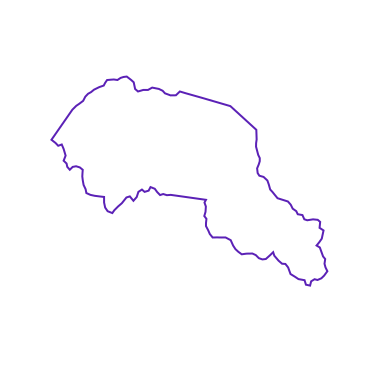 Diamante, Paraíba, Brazil (Albers equal-area conic projection), rotated 331°
{"feature_id": "56859067B40702424285398", "entity_name": "Diamante", "entity_type": "district", "adm_level": 2, "iso_a3": "BRA", "parent_name": "Brazil", "parent_adm1": "Paraíba", "projection": "albers", "projection_center": [-38.317, -7.445], "detail": "fine", "context": "isolated", "style": "outline", "palette": "violet", "viewbox_px": 384, "rotation_deg": 331, "n_neighbors": 0, "source": "geoboundaries", "source_scale": "gbopen_adm2", "svg_char_len": 2123}
<svg xmlns="http://www.w3.org/2000/svg" viewBox="0 0 384 384"><g transform="rotate(331 192 192)"><path d="M267.2,135.5L257.8,126.0L245.6,113.7L234.5,102.7L230.1,98.2L224.8,99.6L220.1,97.1L216.2,92.6L215.4,89.2L213.0,85.8L207.8,81.4L203.0,81.4L198.8,79.1L193.5,77.9L192.2,74.3L194.2,67.8L193.1,64.5L190.9,59.4L187.9,58.2L184.9,57.6L181.1,57.9L178.2,55.7L175.4,54.4L172.0,52.9L169.0,54.4L166.4,56.1L161.8,55.3L155.9,55.0L152.1,55.7L148.7,55.7L144.9,56.9L141.0,59.5L136.0,60.2L132.6,60.5L127.3,62.0L94.4,78.2L96.4,82.9L97.4,86.7L101.1,87.3L100.6,92.1L99.1,98.9L94.9,102.4L96.1,106.3L95.1,109.5L95.9,113.3L99.8,112.2L103.1,113.3L105.8,116.1L107.2,119.6L105.3,122.5L103.6,125.2L102.1,128.9L100.6,133.3L100.3,138.0L99.1,141.7L101.8,145.3L105.1,148.2L108.8,150.9L112.7,153.7L110.0,158.6L108.5,163.5L108.9,167.9L112.1,171.8L115.2,170.3L120.4,168.8L125.2,167.8L128.6,166.4L132.0,165.0L135.5,165.7L136.5,171.3L141.2,169.6L145.2,165.9L149.4,165.6L150.6,168.9L154.7,169.8L158.1,167.6L161.0,171.1L161.5,175.1L162.6,179.2L165.8,179.8L168.5,182.6L172.0,184.2L200.4,205.6L197.8,207.3L197.1,211.4L194.2,215.9L191.1,219.0L191.6,222.5L189.2,225.9L187.7,228.6L187.6,233.3L187.2,237.4L188.0,241.8L191.8,243.8L196.1,246.3L199.3,248.0L202.5,252.9L202.0,258.8L202.3,263.0L203.5,266.7L205.3,270.6L209.7,272.3L215.0,275.1L217.2,278.1L218.4,282.3L220.9,285.1L224.1,286.4L229.4,285.2L233.8,284.0L233.1,287.6L234.4,294.0L236.0,298.4L238.8,300.2L239.5,304.6L238.4,311.5L241.0,316.1L242.9,319.8L247.7,323.7L246.7,328.3L249.9,331.1L252.9,327.9L256.9,327.7L259.1,329.8L263.3,330.2L267.0,329.2L272.0,326.9L272.2,322.7L273.1,319.0L276.0,315.2L275.4,311.9L276.9,302.5L275.0,299.2L278.8,297.7L282.9,295.7L288.4,289.4L286.2,285.2L289.6,280.3L288.5,277.3L284.6,274.6L279.1,272.6L277.0,270.3L277.4,265.7L273.7,262.7L273.9,259.3L272.0,255.4L272.2,251.0L271.3,246.8L263.8,238.9L263.0,234.5L262.4,231.0L261.6,227.7L262.8,222.7L263.5,218.5L261.9,213.5L258.8,210.4L258.6,207.3L260.4,202.9L263.8,200.2L266.2,197.9L267.7,195.2L267.9,191.6L268.8,188.1L270.0,183.4L271.8,180.3L274.0,177.4L278.4,168.8L267.2,135.5Z" fill="none" stroke="#5b21b6" stroke-width="2"/></g></svg>